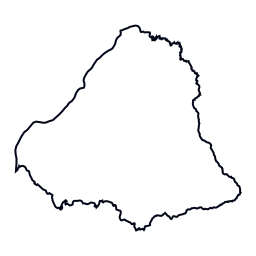 the district of Uruguaiana, Rio Grande do Sul, Brazil
{"feature_id": "56859067B5224515262933", "entity_name": "Uruguaiana", "entity_type": "district", "adm_level": 2, "iso_a3": "BRA", "parent_name": "Brazil", "parent_adm1": "Rio Grande do Sul", "projection": "equal_earth", "projection_center": [-56.694, -29.802], "detail": "fine", "context": "isolated", "style": "outline", "palette": "ink", "viewbox_px": 256, "rotation_deg": 0, "n_neighbors": 0, "source": "geoboundaries", "source_scale": "gbopen_adm2", "svg_char_len": 5822}
<svg xmlns="http://www.w3.org/2000/svg" viewBox="0 0 256 256"><path d="M179.6,46.6L179.5,45.6L180.0,44.8L179.7,43.4L179.2,43.8L178.7,43.0L177.4,43.6L177.4,42.5L176.3,43.4L175.5,43.6L174.7,43.1L174.3,42.4L173.8,43.2L173.1,43.2L171.8,43.6L171.5,45.2L170.6,45.4L170.5,44.7L170.0,43.8L169.6,41.8L168.9,41.6L168.0,40.9L166.9,39.4L166.2,39.2L166.2,40.1L165.7,39.7L165.3,38.4L163.7,38.5L162.5,38.1L162.1,39.0L161.4,39.3L160.5,38.1L160.1,38.6L159.6,38.6L159.5,36.0L157.6,36.9L156.9,38.0L156.6,37.0L156.2,38.1L155.6,37.6L155.3,38.2L155.1,39.0L155.2,39.8L154.8,40.3L153.2,40.2L153.0,39.1L152.3,39.7L152.0,38.0L152.4,37.4L153.3,37.9L153.4,37.0L152.6,36.4L152.0,36.4L151.1,37.4L150.5,37.2L149.9,36.7L149.6,36.0L149.6,35.3L150.0,33.6L149.8,32.5L147.4,32.2L144.4,32.4L143.5,31.7L141.2,32.0L140.6,31.6L140.0,28.9L139.0,27.1L138.2,26.3L136.6,25.7L135.1,25.6L129.8,26.9L127.4,28.3L125.8,28.6L122.2,30.2L120.5,30.6L120.5,31.7L120.8,33.0L120.5,35.1L117.1,38.1L115.8,40.8L115.5,42.5L115.0,44.2L113.9,46.2L112.3,48.5L110.5,49.7L108.1,50.8L104.7,53.1L102.6,54.8L99.7,57.8L97.0,59.7L93.4,65.0L91.8,68.0L87.7,71.7L86.2,74.0L84.5,77.1L83.8,79.2L83.6,81.0L84.1,82.3L84.5,84.3L84.4,86.3L83.8,87.7L80.1,88.5L78.1,89.9L76.1,93.1L75.2,95.7L74.3,97.9L71.9,101.0L69.6,102.5L68.3,104.0L67.4,105.6L65.1,107.8L62.5,111.0L59.3,114.4L52.9,120.1L49.3,121.2L45.4,122.7L43.8,122.8L36.1,121.6L33.3,122.7L27.2,130.0L24.4,132.0L21.4,136.5L18.2,142.9L16.3,146.2L15.4,149.9L15.6,153.8L16.5,158.6L16.5,163.1L15.9,171.3L17.3,170.1L18.2,168.0L18.8,167.5L19.2,165.9L19.8,166.5L20.4,166.6L21.1,166.1L22.9,165.9L24.9,166.8L25.9,168.3L26.4,169.6L26.9,170.4L29.1,171.4L29.4,173.3L30.2,175.9L31.4,177.8L32.1,179.8L34.8,182.2L34.4,183.5L36.6,185.0L37.5,184.3L43.1,189.4L45.9,190.6L46.1,191.4L46.5,192.5L47.5,193.8L48.8,193.7L49.3,193.1L52.4,195.0L52.4,195.7L52.0,197.3L52.8,201.1L55.2,206.4L56.5,207.6L57.8,208.2L58.3,207.9L59.4,207.8L60.2,207.9L60.2,209.4L60.8,209.6L61.4,209.2L62.2,207.8L62.1,207.0L61.0,207.3L60.9,206.5L61.6,205.8L61.8,204.6L62.6,203.0L63.5,201.9L64.0,201.7L65.5,200.3L66.2,200.5L66.6,201.3L65.8,201.6L65.3,203.6L65.6,204.4L67.4,203.7L69.8,205.5L70.6,205.3L72.3,204.7L72.7,204.0L72.7,203.1L72.9,202.2L73.7,201.1L74.7,200.9L77.3,200.9L79.9,200.5L81.0,200.8L81.8,201.3L83.0,203.4L83.9,203.3L84.6,203.4L87.1,204.2L89.0,203.7L90.5,202.7L91.5,202.5L94.3,203.2L95.3,204.6L94.7,206.4L95.3,206.6L95.9,205.9L96.5,206.2L96.6,207.3L97.8,206.1L99.0,204.1L99.5,202.4L99.6,201.5L100.0,200.9L101.3,201.1L102.3,200.6L102.6,202.2L103.3,202.4L104.3,201.5L105.6,201.2L107.0,201.2L108.5,201.6L110.2,202.1L112.0,202.9L112.4,203.5L113.0,205.3L113.6,205.9L114.2,205.7L114.6,205.0L115.2,205.0L115.7,205.5L116.0,206.6L116.3,209.2L116.7,209.7L120.4,210.8L120.8,211.9L120.8,212.7L120.1,215.5L119.7,216.3L119.7,217.1L120.0,218.7L120.9,220.1L121.6,220.4L124.3,219.5L126.8,221.0L127.8,221.4L128.7,222.0L130.0,222.3L131.7,224.1L132.6,224.2L133.2,223.6L133.8,223.3L134.6,223.4L134.7,224.3L134.2,226.4L135.7,229.1L136.1,230.4L137.2,230.1L138.3,228.7L139.0,228.2L139.5,228.4L139.6,229.4L140.4,229.5L142.8,228.8L143.9,230.0L144.4,229.1L145.0,226.5L145.5,226.2L146.5,226.2L150.0,225.2L150.1,224.4L150.0,223.2L150.7,221.6L151.8,219.9L152.1,218.9L154.7,216.3L155.9,215.7L156.5,215.9L157.1,215.4L157.8,215.3L160.8,215.9L162.0,215.6L165.1,212.9L167.2,215.3L168.2,216.1L169.1,216.4L170.5,218.5L171.2,219.0L172.0,218.4L172.9,216.5L173.7,216.1L176.0,216.8L177.4,216.7L178.1,215.7L179.1,215.1L183.6,214.0L184.3,213.5L185.4,213.4L186.1,212.2L186.5,210.4L187.1,210.1L188.0,209.3L189.6,209.5L190.4,209.3L191.8,208.2L193.0,208.2L194.1,207.9L195.0,207.9L196.9,208.6L197.8,208.1L198.7,208.0L199.8,207.3L200.9,207.3L201.8,207.9L202.9,209.0L203.9,209.3L204.6,208.8L205.4,208.8L206.1,209.1L208.4,209.1L210.3,207.8L211.3,208.2L212.2,208.3L213.6,207.3L215.9,207.7L217.9,206.7L218.8,205.9L219.9,205.6L220.3,204.7L221.6,204.7L222.3,203.7L223.6,203.3L225.2,201.9L226.4,201.8L227.3,202.0L228.0,201.4L228.6,201.8L229.2,201.4L231.1,201.0L232.1,201.4L232.7,200.7L234.6,200.4L235.7,198.8L236.6,198.3L236.7,197.4L237.8,196.0L238.4,194.7L239.5,194.8L240.6,192.6L240.1,192.3L240.1,189.0L239.7,187.7L239.6,186.9L238.9,186.0L237.5,185.3L237.0,183.7L235.9,182.5L235.2,182.1L234.4,180.2L234.1,178.9L232.4,177.9L231.5,177.8L231.2,176.8L230.4,177.0L229.3,176.8L228.0,175.4L227.3,175.0L226.8,174.2L224.6,174.3L223.5,173.8L222.7,172.8L222.8,171.3L222.4,170.3L222.6,169.1L222.1,168.7L222.1,167.9L220.0,166.1L219.3,165.7L218.8,164.8L218.7,163.9L217.0,161.7L216.2,161.2L215.8,160.5L215.7,159.8L215.3,159.0L215.1,156.9L214.8,156.0L213.8,154.8L213.7,153.3L213.5,152.6L212.6,151.1L212.2,150.2L210.8,148.3L210.7,147.4L211.2,145.5L211.0,144.8L210.1,143.6L209.0,142.8L206.7,142.2L204.6,140.7L202.4,140.0L201.1,138.3L200.0,136.4L199.6,135.3L199.8,134.0L199.1,132.8L198.4,130.9L198.3,130.1L198.8,127.0L198.8,125.4L199.4,123.3L198.8,122.1L198.8,120.6L199.0,119.8L198.6,119.0L198.1,116.4L198.4,113.2L197.0,111.5L196.3,111.0L196.1,109.5L194.0,107.8L192.9,104.6L192.8,103.4L193.1,102.2L193.0,100.4L193.4,99.9L194.1,99.6L194.7,99.8L194.8,98.9L195.3,98.3L196.6,97.9L197.6,96.7L198.9,96.1L199.2,94.6L200.2,94.7L199.7,92.4L198.8,90.7L198.7,89.7L199.4,87.0L199.3,86.1L197.8,84.2L196.6,83.8L196.3,83.2L197.2,82.0L197.3,80.8L196.6,80.7L196.1,80.3L196.3,78.7L197.6,75.2L197.2,73.8L196.7,74.2L196.3,74.9L196.4,73.6L195.9,72.9L194.9,73.1L194.4,71.4L193.0,70.4L192.5,70.7L192.2,69.8L191.6,69.3L191.3,68.6L191.8,67.6L190.9,66.2L190.5,65.0L188.8,62.4L188.6,61.1L187.3,61.3L186.5,61.7L185.9,60.8L185.4,61.2L184.0,60.8L183.1,59.2L182.2,59.0L181.6,58.5L181.5,59.3L180.7,59.7L180.2,59.0L180.6,57.0L180.7,56.0L180.1,55.7L180.0,54.6L180.7,53.1L180.1,52.6L180.7,51.8L181.3,52.0L181.6,51.4L181.2,49.6L181.7,49.3L181.7,48.5L181.1,47.8L181.0,46.7L180.4,47.0L179.6,46.6ZM197.6,75.2L198.0,76.1L198.4,75.7L197.6,75.2Z" fill="none" stroke="#020617" stroke-width="2"/></svg>